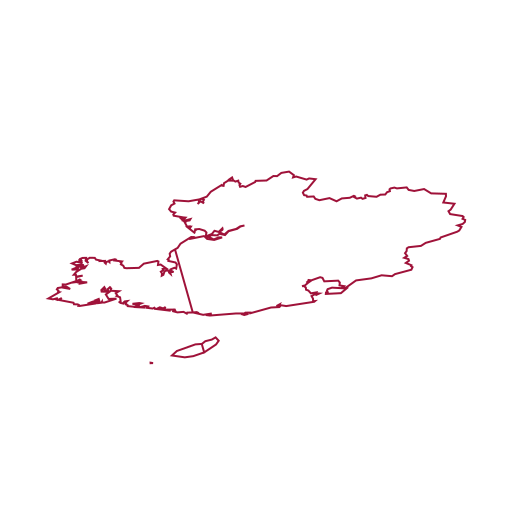 map outline of Chukchi Autonomous Okrug (Natural Earth projection), rotated 166°
{"feature_id": "RUS-2321", "entity_name": "Chukchi Autonomous Okrug", "entity_type": "Autonomous Province", "adm_level": 1, "iso_a3": "RUS", "parent_name": "Russia", "parent_adm1": "", "projection": "natural_earth1", "projection_center": [175.436, 66.707], "detail": "fine", "context": "isolated", "style": "outline", "palette": "rose", "viewbox_px": 512, "rotation_deg": 166, "n_neighbors": 0, "source": "natural_earth", "source_scale": "10m", "svg_char_len": 6148}
<svg xmlns="http://www.w3.org/2000/svg" viewBox="0 0 512 512"><g transform="rotate(166 256 256)"><path d="M108.6,205.1L125.5,204.8L128.9,203.5L138.8,206.9L149.5,206.4L164.8,208.1L176.5,203.5L180.0,204.6L178.0,205.5L182.1,207.3L181.1,210.0L182.2,212.2L195.9,214.9L196.8,218.7L198.9,219.9L208.2,219.0L211.6,220.3L209.4,218.4L211.8,217.5L213.0,219.1L212.4,217.2L216.3,215.3L217.2,215.7L218.6,215.5L216.9,215.3L215.3,213.4L215.6,211.2L213.5,209.8L211.8,206.5L206.2,206.1L207.2,204.9L211.8,203.7L211.0,200.8L211.5,198.3L209.6,198.0L210.6,197.5L238.8,200.1L245.2,202.8L244.7,203.4L248.2,202.5L244.3,201.7L245.7,200.8L253.9,202.4L276.5,201.8L274.1,202.2L280.0,203.6L282.1,202.7L277.3,201.7L281.7,201.6L283.5,202.8L283.1,203.5L289.4,205.1L315.2,209.4L319.0,210.9L313.9,209.9L313.8,211.0L321.5,211.7L330.5,216.3L325.2,214.3L327.1,215.9L331.0,216.5L333.0,282.0L330.1,282.8L326.3,286.2L314.3,290.1L313.2,289.8L316.8,288.6L301.8,287.9L298.7,285.9L300.1,285.7L299.3,284.4L292.7,281.7L284.4,282.2L287.6,283.1L293.0,282.3L297.5,286.2L294.1,287.0L288.6,285.4L286.1,286.4L281.0,283.8L276.6,286.7L267.7,286.9L263.9,288.4L259.8,288.4L264.2,288.6L268.6,287.1L276.6,287.0L281.5,284.5L286.0,288.1L282.3,289.5L281.9,290.1L281.9,291.0L286.4,288.4L290.2,290.5L293.4,288.1L300.1,287.1L298.4,290.8L299.7,293.0L304.5,295.9L309.4,296.7L307.9,295.9L310.6,294.2L309.5,292.7L314.8,299.6L313.4,299.0L312.1,300.2L313.5,300.5L312.1,300.7L315.5,301.1L315.5,300.2L317.2,306.7L315.2,305.8L316.9,307.0L311.8,306.6L310.7,307.7L316.6,307.6L316.8,309.2L315.1,310.3L316.5,310.8L318.3,309.9L317.2,308.2L317.5,307.2L320.6,311.9L318.5,310.5L318.0,311.4L326.1,315.0L326.2,316.3L324.0,317.7L327.6,319.6L329.0,322.5L326.0,325.7L322.4,326.6L322.9,328.8L321.9,329.8L308.2,325.4L298.1,324.7L298.2,321.8L300.1,320.6L296.5,322.5L293.8,319.7L294.5,321.4L293.0,323.1L294.6,324.6L297.5,324.6L289.4,325.5L284.3,329.3L271.2,333.5L272.4,332.7L270.5,331.9L269.4,334.4L263.9,336.2L264.4,335.8L261.7,335.1L263.4,336.8L260.2,338.0L259.9,335.1L258.0,333.2L255.0,333.4L255.1,331.5L253.7,329.9L254.9,328.9L254.7,327.0L251.9,327.1L249.4,325.5L238.9,328.0L238.2,329.0L227.5,326.7L219.8,329.4L216.2,328.4L211.3,330.5L203.5,329.9L199.7,325.3L201.0,323.3L197.8,323.4L188.4,317.9L185.7,318.4L179.6,316.1L189.9,308.5L193.7,307.6L195.2,306.1L194.6,303.4L192.3,302.4L192.1,301.1L185.6,299.8L184.6,297.1L181.0,294.8L170.7,294.4L164.6,289.6L158.8,291.1L150.9,289.8L146.5,290.7L145.8,290.1L146.8,289.7L144.2,287.3L140.0,287.2L138.8,285.7L135.7,285.8L135.4,288.4L133.6,288.5L132.6,287.0L124.7,284.3L120.5,285.4L115.7,284.4L113.4,286.2L110.4,286.5L110.3,288.4L109.2,289.0L105.2,288.9L102.9,287.5L93.2,286.1L91.9,283.2L86.7,280.8L76.7,280.3L70.9,274.4L56.7,270.4L57.2,268.0L61.3,262.6L50.8,258.7L55.9,253.9L58.4,252.9L57.5,249.7L45.9,244.8L45.1,243.6L46.6,242.1L44.3,240.4L45.1,238.5L47.7,237.1L52.9,236.9L49.6,234.5L52.6,231.6L54.8,230.9L72.4,229.3L73.4,228.1L88.1,227.7L93.5,225.9L105.9,227.6L107.8,226.9L108.7,224.3L110.7,222.7L109.3,219.5L112.6,218.4L108.8,216.1L108.7,214.4L112.3,213.0L107.4,209.4L108.0,208.6L106.8,207.3L108.6,205.1ZM331.0,216.5L336.4,217.7L337.1,216.8L339.8,219.3L345.9,220.3L350.6,222.9L347.4,221.5L347.8,223.7L356.6,225.8L357.6,227.1L356.1,228.4L360.7,227.0L352.0,223.5L363.5,227.9L360.0,228.4L361.7,229.5L365.5,228.7L367.6,229.4L366.5,229.2L367.1,230.4L368.9,230.0L375.6,232.6L373.5,232.1L372.7,233.1L376.0,234.5L380.3,234.4L376.0,232.7L384.0,235.2L381.6,235.9L382.2,237.3L378.8,237.8L380.6,238.6L387.4,239.5L383.0,237.3L385.3,235.8L392.6,238.4L392.4,239.3L394.6,241.0L393.3,240.5L394.1,242.1L391.7,243.4L394.4,243.7L396.7,242.3L395.2,241.4L398.9,243.3L399.6,244.3L398.3,244.8L397.9,248.8L400.8,250.8L400.0,251.1L401.1,253.9L397.5,255.0L404.6,257.2L405.2,258.2L404.4,259.4L405.4,260.5L404.5,261.5L408.3,259.5L407.7,258.2L410.1,258.2L411.4,260.5L410.3,261.0L410.7,262.5L413.2,261.0L411.9,260.5L414.3,260.0L414.4,258.8L406.8,256.7L411.0,255.0L409.4,250.0L401.7,248.4L414.2,247.5L416.8,248.1L416.6,248.9L417.5,248.1L421.7,248.6L419.1,248.5L420.8,249.4L418.9,249.7L419.0,252.4L421.8,252.0L419.9,250.9L421.7,249.5L422.1,250.5L425.6,251.2L431.0,250.5L422.2,249.0L422.8,248.7L439.3,250.2L440.4,250.6L439.8,251.4L440.7,252.2L444.3,253.2L444.4,254.8L457.6,260.9L454.6,262.2L459.1,261.3L461.5,262.9L458.4,263.1L463.5,263.1L467.7,265.0L455.5,268.5L456.7,269.1L456.1,270.2L457.3,271.8L456.1,272.9L452.3,272.6L444.3,269.0L447.2,272.0L451.0,273.1L450.4,275.2L447.5,274.3L437.3,275.1L441.1,274.7L434.3,273.9L434.9,273.3L433.3,272.6L433.7,271.8L426.2,271.3L432.5,273.3L433.6,275.2L432.2,275.2L432.7,275.8L436.5,274.9L435.6,279.0L428.9,278.9L435.5,279.5L435.3,281.4L437.3,281.9L434.3,284.0L428.6,285.9L425.4,285.6L423.4,287.2L428.1,286.5L428.8,287.7L425.1,288.9L427.8,289.1L426.3,290.6L428.2,289.8L432.9,290.7L436.3,293.3L431.5,293.9L427.5,291.8L425.8,292.3L428.8,292.7L428.5,294.7L426.7,294.4L427.2,295.7L424.8,296.1L421.3,295.3L422.5,292.6L420.3,289.7L421.2,291.5L420.9,293.5L417.7,294.5L412.9,293.2L412.1,291.2L407.9,289.2L408.4,288.8L403.8,287.8L404.5,286.3L403.6,284.9L402.8,286.4L400.5,286.6L399.7,285.5L399.3,287.1L393.7,287.0L393.1,286.6L394.2,285.8L387.5,283.2L388.8,282.5L388.2,281.7L389.1,280.6L387.1,278.7L386.6,276.3L384.7,275.5L372.4,272.8L366.7,275.7L353.0,275.1L352.0,274.3L353.3,271.0L350.6,270.8L345.9,265.4L349.7,266.0L349.7,264.5L352.1,263.8L351.4,261.7L352.2,259.7L350.5,260.1L348.3,263.4L345.7,263.5L343.9,262.1L344.4,261.0L343.2,259.2L343.2,261.3L339.9,260.4L342.7,263.1L342.2,263.7L338.0,264.3L336.5,263.1L334.8,267.1L335.7,269.2L342.2,272.4L341.7,273.4L342.5,274.1L339.4,276.4L339.2,279.1L337.4,280.7L333.0,282.0L331.0,216.5ZM329.6,175.0L341.1,174.0L349.6,174.9L361.6,179.8L355.7,183.0L336.2,184.9L329.9,183.8L329.6,175.0ZM329.9,183.7L325.8,185.6L319.1,185.6L314.9,186.8L312.7,182.8L316.2,179.8L329.6,175.0L329.9,183.7ZM197.4,202.3L196.9,203.7L195.2,203.8L195.5,205.3L194.5,206.5L189.9,206.9L176.0,202.6L182.6,199.4L197.4,202.3ZM432.6,286.1L438.2,287.4L430.5,288.5L432.6,286.1ZM203.7,204.3L207.8,203.5L205.5,204.9L203.7,204.3ZM432.7,289.2L432.1,290.1L429.4,289.5L429.7,289.1L432.7,289.2ZM384.2,177.5L384.1,178.0L381.8,177.0L384.2,177.5Z" fill="none" stroke="#9f1239" stroke-width="2"/></g></svg>